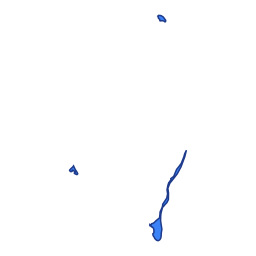 Aulotu, Tuvalu (Natural Earth projection)
{"feature_id": "33948139B63350704470627", "entity_name": "Aulotu", "entity_type": "district", "adm_level": 2, "iso_a3": "TUV", "parent_name": "Tuvalu", "parent_adm1": "", "projection": "natural_earth1", "projection_center": [178.346, -8.002], "detail": "fine", "context": "isolated", "style": "filled", "palette": "blue", "viewbox_px": 256, "rotation_deg": 0, "n_neighbors": 0, "source": "geoboundaries", "source_scale": "gbopen_adm2", "svg_char_len": 2442}
<svg xmlns="http://www.w3.org/2000/svg" viewBox="0 0 256 256"><path d="M154.5,222.3L153.1,223.3L151.7,223.7L151.1,224.8L150.3,224.7L149.9,224.4L149.7,225.1L150.2,226.0L151.1,226.0L151.5,226.9L152.4,227.1L153.3,228.1L153.6,228.8L154.0,230.3L153.8,230.9L154.0,232.0L153.7,232.9L153.4,233.3L152.9,233.7L152.9,234.9L153.1,235.5L153.4,236.0L153.7,236.5L154.2,237.2L154.5,237.9L154.9,238.6L155.3,239.1L156.0,239.7L156.5,240.2L157.4,240.6L158.6,240.6L159.9,239.6L160.7,238.3L161.1,236.5L161.3,232.9L161.9,229.3L161.2,224.9L160.6,220.7L160.7,216.0L161.0,213.2L161.9,209.7L162.6,207.3L163.6,206.3L165.0,204.6L166.9,202.6L168.4,199.6L168.5,193.0L167.9,188.3L169.8,183.3L173.4,178.8L177.2,173.9L181.0,166.9L184.8,156.7L186.4,150.2L184.7,153.7L183.9,156.7L181.3,163.3L178.8,166.7L176.6,169.4L173.7,176.4L170.8,178.6L171.0,179.7L168.7,182.8L167.9,185.3L167.0,189.8L167.6,193.8L166.8,198.0L162.7,204.3L162.5,206.4L161.3,209.3L160.1,211.8L159.9,214.6L159.5,217.9L156.0,220.7L154.5,222.3ZM158.5,15.4L157.8,16.2L158.2,16.6L158.3,17.9L158.6,18.3L158.9,18.6L159.3,19.1L159.7,19.4L159.8,20.0L159.9,20.7L160.3,20.9L160.8,20.8L161.2,20.7L162.0,20.8L162.3,20.8L162.8,20.7L163.3,20.9L163.7,21.0L164.1,21.2L164.4,21.5L164.6,21.6L164.8,21.8L165.0,21.8L165.3,21.8L165.4,21.6L165.7,21.2L165.7,20.8L165.5,19.9L165.0,19.5L164.6,18.8L164.3,18.4L164.0,18.0L163.6,17.4L163.0,16.8L162.3,16.4L161.4,15.8L160.4,15.5L158.5,15.4ZM69.6,170.2L69.6,170.4L69.6,170.5L69.8,170.8L70.0,171.0L70.2,171.3L70.3,171.4L70.4,171.5L70.6,171.5L70.8,171.6L71.3,171.6L71.5,171.6L71.8,171.5L71.9,171.4L72.1,171.3L72.2,171.2L72.2,170.9L72.2,170.7L72.3,170.5L72.3,170.4L72.5,170.2L72.8,170.1L73.0,170.2L73.2,170.3L73.3,170.4L73.3,170.6L73.5,170.7L73.8,170.8L74.0,171.0L74.4,171.3L74.5,171.4L74.8,171.6L75.0,171.8L75.1,172.0L75.2,172.5L75.1,172.8L74.8,172.8L74.7,172.8L74.5,172.7L74.4,172.8L74.3,173.1L74.4,173.3L74.5,173.4L74.7,173.6L75.0,173.8L75.3,173.9L75.6,174.1L75.8,174.2L76.1,174.2L76.4,174.4L76.6,174.5L76.9,174.6L77.1,174.4L77.3,174.3L77.5,174.1L77.7,173.9L77.7,173.7L77.4,172.9L77.2,172.5L76.6,171.5L76.4,171.2L75.8,170.3L75.7,170.2L75.2,169.5L75.0,168.9L74.7,168.5L74.5,168.1L74.5,167.9L74.4,167.6L74.1,167.1L74.0,166.9L73.9,166.8L73.9,166.7L73.8,166.4L73.5,165.9L73.4,166.1L73.2,166.4L73.1,166.6L72.9,166.8L72.7,167.0L72.3,167.4L72.0,167.7L71.6,168.0L71.1,168.5L70.8,168.9L70.7,168.9L70.5,169.2L70.2,169.4L70.0,169.6L69.6,170.2Z" fill="#3b82f6" stroke="#1e3a8a" stroke-width="1.5"/></svg>